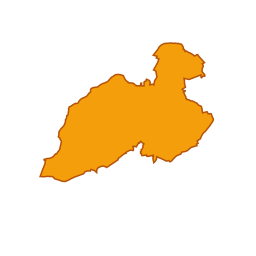 Sanmihaiu De Campie, Bistrita-Nasaud, Romania (Robinson projection), rotated 326°
{"feature_id": "2599482B31032978484470", "entity_name": "Sanmihaiu De Campie", "entity_type": "district", "adm_level": 2, "iso_a3": "ROU", "parent_name": "Romania", "parent_adm1": "Bistrita-Nasaud", "projection": "robinson", "projection_center": [24.329, 46.892], "detail": "fine", "context": "isolated", "style": "filled", "palette": "amber", "viewbox_px": 256, "rotation_deg": 326, "n_neighbors": 0, "source": "geoboundaries", "source_scale": "gbopen_adm2", "svg_char_len": 5723}
<svg xmlns="http://www.w3.org/2000/svg" viewBox="0 0 256 256"><g transform="rotate(326 128 128)"><path d="M204.9,162.7L204.1,162.0L203.5,161.7L202.7,161.4L202.3,161.1L202.5,160.6L202.6,158.7L198.3,157.1L199.2,155.3L199.2,155.1L200.2,153.3L200.4,152.2L200.8,151.5L200.8,151.3L200.7,150.7L200.5,150.3L199.9,149.5L199.8,149.2L199.7,149.0L199.4,148.7L199.1,148.2L199.0,147.2L199.1,146.9L199.2,146.5L197.8,143.9L196.9,142.3L196.5,141.6L194.9,140.3L194.4,138.8L193.8,138.2L193.3,137.9L192.7,137.4L193.0,136.7L192.9,136.2L192.6,135.6L193.4,134.4L193.5,132.4L193.8,131.4L193.9,130.6L194.0,129.3L195.3,129.6L196.2,129.3L196.3,129.1L195.4,128.5L194.9,127.7L194.6,126.2L198.5,126.3L199.4,123.4L201.4,120.0L202.2,118.2L205.7,121.9L218.2,124.8L216.9,126.8L216.9,127.3L217.2,127.5L218.4,127.0L219.1,127.1L220.1,127.4L220.1,127.7L220.8,127.9L221.2,127.1L221.4,126.4L221.0,123.5L221.0,122.7L221.0,122.4L222.9,120.2L223.9,119.5L224.7,119.1L225.0,118.9L225.4,117.8L225.5,117.1L225.4,116.3L228.0,116.6L227.5,113.0L226.9,109.2L226.8,108.0L226.8,106.1L226.0,105.7L224.6,105.7L224.3,105.6L223.6,105.7L223.4,105.3L223.1,104.4L222.3,102.3L221.5,100.7L221.2,100.2L220.7,99.6L220.1,98.4L219.2,96.6L218.6,96.5L218.1,96.4L218.4,95.4L218.7,94.4L217.8,93.9L219.0,91.8L219.3,89.9L219.0,88.1L218.1,87.3L217.4,86.9L217.3,86.4L216.8,85.8L216.7,85.7L216.1,85.6L215.5,85.0L214.2,83.7L213.0,83.4L212.4,82.7L212.0,82.1L211.4,81.8L210.9,81.4L205.2,78.2L201.7,77.8L199.3,78.2L197.9,78.9L196.1,79.7L191.4,81.2L190.3,81.5L189.6,81.8L192.2,84.8L190.6,85.8L192.2,88.0L188.7,90.6L181.6,94.2L182.5,95.6L182.9,96.3L182.8,96.8L182.6,97.2L182.0,98.1L181.9,98.5L181.7,99.4L181.2,100.1L181.0,100.5L180.9,101.0L180.6,101.7L180.3,102.0L179.8,102.3L176.8,103.5L176.0,104.2L173.4,106.7L173.2,105.8L172.6,105.2L170.9,104.8L170.2,104.4L171.0,103.5L171.6,103.1L172.0,102.4L172.2,101.7L172.2,100.8L172.1,100.2L170.6,97.9L170.2,98.2L170.1,98.4L169.9,98.4L169.7,98.4L169.6,98.7L169.0,99.1L168.4,99.1L167.8,98.7L167.5,98.7L167.2,98.8L166.9,99.0L165.3,101.4L164.9,102.0L162.9,100.7L163.6,99.4L164.4,98.5L163.7,98.0L163.0,98.7L162.0,100.1L159.4,98.3L159.5,98.3L159.3,98.1L158.6,97.3L158.1,96.4L157.9,95.9L157.8,95.0L157.6,94.6L157.1,93.9L157.2,93.5L157.0,93.3L156.6,93.3L156.2,92.9L156.0,92.6L154.9,91.6L154.1,91.3L153.5,90.8L153.5,90.6L153.8,89.9L153.6,89.7L152.9,87.5L152.9,84.9L153.1,84.0L153.1,83.7L153.2,82.9L153.4,82.3L153.4,82.0L153.2,81.6L152.7,81.0L152.2,80.3L150.0,78.2L149.6,78.0L149.2,77.7L148.8,77.5L147.9,77.1L146.9,76.8L146.2,76.8L145.6,76.7L144.6,76.9L143.0,76.7L142.5,76.7L141.8,76.9L141.1,77.1L140.4,77.3L139.4,77.5L138.4,77.9L138.0,78.0L135.7,77.9L133.9,77.6L132.9,77.3L132.0,77.0L131.1,76.9L129.1,76.7L128.1,76.8L126.4,76.9L125.4,76.9L122.6,75.4L121.5,75.0L120.4,74.8L119.3,74.8L118.7,75.1L118.1,75.7L117.4,76.7L116.9,77.3L115.2,77.3L114.0,77.7L112.9,78.2L111.8,78.4L110.5,78.5L106.2,77.7L104.8,77.8L103.8,77.9L101.9,78.6L100.6,79.3L99.2,79.1L98.4,78.3L97.3,78.1L96.5,78.0L94.9,77.9L93.2,78.0L92.6,78.0L91.1,77.6L90.8,77.9L90.1,78.4L89.8,78.6L89.6,78.7L89.5,78.9L89.2,79.3L89.1,79.5L88.7,80.1L85.6,83.5L85.2,83.7L84.2,83.5L83.5,84.2L83.3,84.6L83.2,84.8L82.3,85.6L80.6,86.3L80.4,86.9L79.6,87.7L79.5,87.9L79.3,88.2L79.1,88.4L77.6,89.2L76.6,89.9L75.7,90.4L74.7,90.6L72.1,91.1L70.7,91.7L69.2,92.2L68.9,92.4L68.8,92.5L68.4,93.0L67.6,93.8L66.5,95.4L66.3,95.5L65.7,96.0L65.3,96.4L65.3,96.8L66.0,98.5L65.7,99.0L65.4,99.3L65.4,99.6L65.5,100.9L65.4,101.6L64.1,103.1L62.7,104.5L61.9,105.1L59.5,107.4L58.9,107.8L58.4,108.0L56.1,108.7L54.4,109.5L54.1,109.5L53.9,109.5L53.7,109.4L53.5,109.0L53.2,109.0L52.7,109.1L50.6,109.8L49.3,109.9L47.8,109.8L46.1,109.3L43.9,108.1L40.8,107.1L40.5,107.6L40.7,107.8L41.4,108.9L40.5,109.4L40.1,110.1L39.9,110.6L36.1,113.4L34.9,114.0L33.0,115.5L28.0,119.1L29.6,120.3L31.0,121.4L33.6,122.7L34.6,123.3L35.2,123.7L35.8,124.5L37.3,125.2L37.7,125.5L37.9,125.8L38.6,127.0L38.8,129.2L39.6,130.0L42.5,133.7L43.5,135.2L45.9,137.2L46.4,137.2L47.2,137.5L49.1,137.9L49.9,138.0L50.3,137.9L51.2,138.1L52.0,138.1L56.8,138.9L58.6,139.4L64.1,140.7L65.3,141.1L65.9,141.0L66.5,140.8L67.4,140.4L68.0,140.3L68.9,140.5L70.2,140.9L71.0,141.3L71.9,141.9L72.8,142.6L74.2,141.6L76.5,144.8L77.1,147.4L78.5,145.5L79.6,144.7L80.6,144.3L83.2,144.6L83.9,144.7L84.9,145.1L86.0,145.6L86.6,146.1L86.9,146.4L87.1,146.8L87.3,147.3L87.8,147.7L88.0,148.1L88.2,148.8L101.9,148.8L102.4,148.3L102.6,147.9L102.9,147.8L103.7,147.7L104.6,147.7L108.2,147.4L109.7,147.3L110.5,147.3L112.2,147.8L112.2,147.1L114.9,147.2L117.3,147.6L117.8,147.9L119.8,149.6L120.3,149.1L121.1,148.0L121.5,147.4L121.6,146.9L121.5,146.4L121.9,146.0L123.4,147.1L124.3,148.3L125.1,147.9L128.6,146.2L129.1,147.0L130.9,146.1L132.3,150.1L130.7,150.6L129.7,152.2L128.4,153.1L127.7,153.4L126.8,153.3L126.4,154.2L126.2,154.4L125.7,154.7L125.1,154.7L124.9,154.8L124.9,155.4L124.9,155.6L124.8,155.8L124.6,155.9L124.3,156.0L124.3,156.3L124.5,156.7L124.6,157.2L124.4,157.8L124.1,158.7L128.3,160.9L127.8,162.1L129.8,163.3L133.5,164.6L132.7,165.3L133.2,165.8L131.5,167.3L130.0,171.2L132.3,170.7L134.2,169.7L135.8,168.0L139.1,173.0L141.3,176.9L143.6,177.9L143.8,179.5L144.3,179.6L145.3,179.7L146.0,179.6L146.5,179.5L147.5,179.2L148.6,178.9L151.7,178.3L152.5,178.3L153.3,178.3L155.4,178.7L156.3,178.9L157.0,179.2L159.2,178.1L162.0,179.4L164.1,179.9L165.4,179.9L166.9,179.7L169.5,179.4L170.2,179.6L172.1,180.2L174.7,180.9L175.3,181.2L176.0,179.6L177.5,179.9L178.1,177.4L179.3,177.5L179.5,177.4L180.6,177.3L181.9,177.5L183.3,176.5L184.8,175.6L186.4,174.8L187.8,174.2L189.1,174.2L189.9,174.1L191.8,173.6L193.0,173.1L193.7,173.0L195.0,172.5L198.0,171.6L198.9,171.1L200.1,170.7L202.6,169.5L203.3,169.0L203.8,168.3L203.9,167.8L204.0,166.5L204.2,165.3L204.8,163.4L204.9,162.7Z" fill="#f59e0b" stroke="#b45309" stroke-width="1.5"/></g></svg>